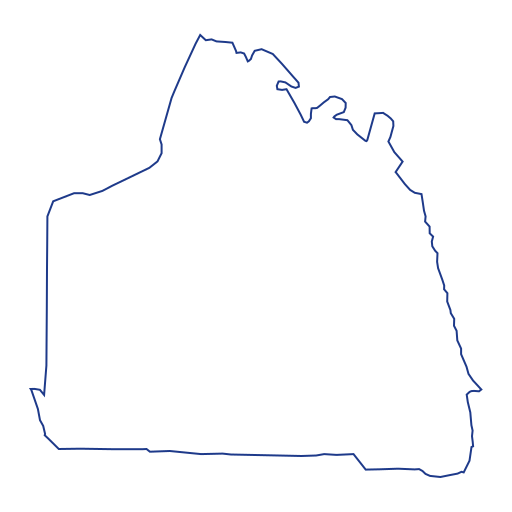 outline of Glio-Twarbo, Grand Gedeh, Liberia
{"feature_id": "62588387B48887094579275", "entity_name": "Glio-Twarbo", "entity_type": "district", "adm_level": 2, "iso_a3": "LBR", "parent_name": "Liberia", "parent_adm1": "Grand Gedeh", "projection": "albers", "projection_center": [-7.549, 5.712], "detail": "fine", "context": "isolated", "style": "outline", "palette": "blue", "viewbox_px": 512, "rotation_deg": 0, "n_neighbors": 0, "source": "geoboundaries", "source_scale": "gbopen_adm2", "svg_char_len": 2392}
<svg xmlns="http://www.w3.org/2000/svg" viewBox="0 0 512 512"><path d="M44.7,435.2L48.4,438.7L58.8,449.0L80.5,448.7L113.1,449.2L118.1,449.2L123.6,449.2L142.7,449.2L146.5,449.0L149.9,451.7L153.2,451.6L155.6,451.5L169.8,451.0L196.0,453.6L201.1,454.1L222.6,453.6L230.9,454.5L269.4,455.3L301.4,456.0L316.2,455.5L324.2,454.1L336.5,454.9L353.5,454.1L365.7,469.6L379.8,469.3L398.0,468.7L414.6,469.4L419.1,469.1L422.5,471.0L425.5,473.9L430.0,475.9L440.4,477.0L449.8,475.1L457.6,473.6L461.5,471.8L463.7,472.4L469.5,460.7L471.5,447.0L473.1,446.3L472.7,441.8L472.0,436.2L472.6,430.6L471.4,425.2L470.3,412.4L467.8,402.1L466.7,394.6L469.6,391.9L471.4,391.1L474.0,390.9L479.0,391.3L481.3,389.5L473.0,380.5L468.5,373.9L466.5,366.7L461.1,354.2L461.1,348.6L457.3,340.4L456.6,330.8L454.0,325.8L454.2,318.8L450.8,313.2L450.4,310.0L447.2,301.5L447.4,293.2L444.1,289.3L444.2,285.5L442.2,279.4L438.1,268.2L437.1,261.8L437.5,253.2L435.1,250.7L432.3,246.3L431.8,241.5L433.1,236.6L429.7,233.3L429.6,226.6L425.1,221.6L425.6,216.4L424.0,210.7L422.9,203.1L421.5,194.1L414.8,192.8L410.1,189.9L404.8,184.0L396.3,172.9L395.6,172.1L402.6,161.6L394.3,152.1L388.4,141.5L390.4,137.0L393.4,126.0L393.2,121.3L390.8,118.5L387.5,115.7L384.3,113.7L383.2,112.9L378.4,113.2L374.7,113.4L367.3,140.0L366.5,141.1L365.4,140.8L357.3,134.4L352.9,129.8L351.4,125.1L347.4,120.2L338.9,119.1L336.0,119.1L333.6,117.5L334.4,116.4L336.8,114.7L343.8,112.1L345.6,107.7L345.7,103.0L342.0,99.1L334.8,96.5L330.0,97.0L328.2,99.2L323.9,102.3L320.0,105.6L317.1,107.9L315.5,108.2L312.5,108.2L311.6,108.4L310.9,113.9L310.9,118.2L308.9,121.3L307.0,122.7L305.5,122.2L304.1,121.8L300.7,114.7L294.4,102.9L286.5,89.2L282.1,89.9L277.4,89.2L276.8,85.8L278.6,81.5L280.7,81.4L285.4,82.4L291.4,86.5L295.6,87.9L298.9,86.6L298.5,82.7L293.0,76.5L282.0,63.9L272.8,54.0L261.6,49.2L254.7,50.8L252.1,55.4L250.9,59.0L248.8,60.9L247.8,61.4L245.9,57.0L244.1,53.5L240.7,52.4L236.5,52.9L236.0,50.9L232.4,42.7L225.4,42.0L216.5,41.4L211.6,39.4L205.8,40.2L200.2,35.0L195.7,43.5L184.7,67.3L174.6,90.7L171.6,97.9L159.9,139.2L161.6,144.5L161.6,153.2L160.4,155.6L157.5,161.4L149.4,167.8L112.3,185.7L102.4,190.9L89.7,195.0L82.7,193.2L74.1,193.2L57.8,199.5L53.2,201.3L47.4,216.4L47.2,245.4L47.0,268.3L46.8,309.5L46.4,365.6L44.1,394.9L39.9,389.8L34.5,388.9L30.7,389.0L31.4,390.1L37.9,409.0L40.0,420.2L43.2,425.9L45.1,434.0L44.7,435.2Z" fill="none" stroke="#1e3a8a" stroke-width="2"/></svg>